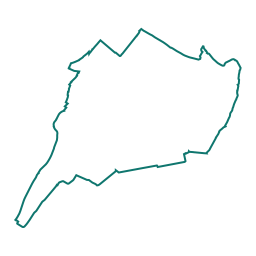 the district of Beek, Limburg, Netherlands
{"feature_id": "6326949B12958717233979", "entity_name": "Beek", "entity_type": "district", "adm_level": 2, "iso_a3": "NLD", "parent_name": "Netherlands", "parent_adm1": "Limburg", "projection": "albers", "projection_center": [5.806, 50.927], "detail": "fine", "context": "isolated", "style": "outline", "palette": "teal", "viewbox_px": 256, "rotation_deg": 0, "n_neighbors": 0, "source": "geoboundaries", "source_scale": "gbopen_adm2", "svg_char_len": 5331}
<svg xmlns="http://www.w3.org/2000/svg" viewBox="0 0 256 256"><path d="M54.4,122.0L54.1,122.5L53.8,123.4L53.7,123.6L53.6,124.8L53.8,125.9L54.0,126.7L53.8,126.8L54.4,128.2L54.8,128.9L55.3,129.6L55.8,130.1L56.2,130.6L56.8,131.2L57.2,132.0L57.3,132.5L57.4,133.4L57.2,135.0L57.2,135.8L57.2,137.7L57.0,139.3L56.9,140.1L56.8,140.5L56.6,141.0L56.2,142.0L55.1,144.9L54.9,145.4L54.1,147.5L54.0,148.3L53.8,148.9L52.4,152.5L51.6,154.6L51.2,155.5L50.4,157.2L49.6,158.7L48.5,160.6L47.6,162.0L47.2,162.7L46.4,163.6L46.1,164.1L40.5,169.5L40.2,169.9L38.7,172.4L38.5,172.6L38.6,173.2L38.3,173.3L38.0,173.6L37.5,174.3L37.2,174.6L36.9,175.1L36.2,176.8L35.9,177.5L33.7,180.9L32.6,182.8L31.8,184.3L25.4,196.9L24.4,199.0L23.8,200.6L23.5,201.4L20.4,210.8L20.0,211.8L19.6,212.9L19.1,214.0L18.3,215.4L17.9,216.2L17.0,217.7L16.8,217.9L16.7,218.2L16.2,218.9L15.4,219.9L15.8,220.2L16.2,219.9L16.6,220.4L16.7,220.5L18.2,221.6L17.4,222.9L17.2,223.2L17.2,223.3L17.2,223.5L17.4,223.8L18.4,224.4L22.4,226.9L23.0,227.0L23.5,227.0L24.0,226.8L24.4,226.6L26.3,224.5L27.3,223.2L28.5,221.5L29.7,219.8L34.1,212.9L34.5,212.5L34.8,212.2L35.9,211.3L36.5,210.6L42.1,202.0L42.7,201.4L44.5,200.0L44.9,199.6L45.3,199.1L55.6,186.8L56.1,186.1L56.6,185.4L56.7,185.1L56.9,184.8L57.5,185.2L57.7,184.8L57.7,184.7L57.8,184.5L58.8,182.9L59.0,182.7L59.3,182.4L59.8,182.2L62.2,181.3L62.8,181.2L63.2,181.2L63.6,181.4L66.9,183.3L67.5,183.6L68.0,183.7L68.3,183.7L68.8,183.5L72.9,180.4L73.3,180.0L73.6,179.6L76.3,175.2L78.5,176.2L84.9,179.0L85.1,179.1L86.9,179.9L88.9,180.0L92.0,182.3L92.4,182.6L94.8,183.7L95.7,184.2L96.3,184.7L97.0,185.4L98.2,185.2L99.0,184.8L99.7,184.3L102.9,181.7L115.2,171.7L115.4,171.5L115.8,171.0L115.8,170.2L118.8,172.5L143.1,168.0L156.9,165.5L157.4,166.2L157.6,166.7L157.7,167.0L184.7,161.9L185.5,161.1L184.0,154.1L185.7,153.2L185.9,153.6L188.8,152.2L188.9,151.3L189.1,151.5L189.8,151.9L190.3,151.9L191.6,152.0L193.1,152.1L193.6,152.2L204.0,153.2L206.6,153.4L206.4,153.0L209.2,150.2L209.4,149.9L209.7,149.4L210.4,148.0L215.5,138.7L216.1,137.5L216.0,137.4L216.4,136.8L217.2,135.7L217.4,135.4L217.6,135.0L218.2,134.2L218.7,133.0L218.9,132.6L219.3,131.7L219.2,131.4L219.9,130.5L220.4,130.1L222.1,128.7L223.7,127.2L224.1,127.1L225.6,126.4L225.1,125.7L227.1,122.2L228.4,119.2L228.5,118.9L228.5,119.0L228.6,118.8L228.8,118.2L229.1,117.7L229.6,116.9L229.8,116.1L230.0,115.5L230.1,114.4L230.2,113.6L230.7,112.6L231.8,111.1L232.3,110.1L232.4,109.4L232.5,108.9L232.6,108.4L232.8,107.9L233.1,107.3L233.3,106.7L233.9,104.6L234.4,103.3L235.0,101.9L235.6,100.5L235.7,100.2L235.9,100.0L236.2,99.6L236.3,99.2L236.4,98.6L236.5,98.4L237.0,97.4L237.6,95.9L237.7,95.5L237.7,95.0L237.5,94.5L237.3,93.8L237.2,93.7L237.3,93.1L237.1,92.3L237.1,92.1L237.2,91.3L237.2,90.7L237.5,90.7L238.1,87.2L238.3,85.9L237.9,85.2L238.0,85.2L237.9,85.0L238.1,84.6L238.3,84.2L238.6,83.8L238.8,83.7L238.9,82.0L239.1,79.8L239.0,79.5L238.6,79.1L238.6,78.8L238.5,78.7L238.6,77.1L238.8,76.3L238.8,75.0L239.3,72.7L239.5,71.6L239.5,70.9L239.6,70.6L239.7,70.3L239.8,70.2L240.0,70.0L240.2,69.7L240.2,69.3L240.4,68.8L240.5,68.3L240.6,67.9L239.8,66.4L239.6,66.0L239.4,65.5L238.0,63.1L237.6,62.3L237.3,61.7L237.1,61.4L236.7,61.0L236.1,60.6L235.0,59.9L234.9,60.0L234.8,59.9L234.1,59.4L233.8,59.3L233.6,59.2L233.3,59.2L232.5,59.3L231.6,59.6L230.1,60.5L225.8,62.6L225.3,63.1L225.0,63.6L224.7,64.0L224.4,65.0L223.9,65.6L223.4,65.7L222.8,65.7L222.4,65.6L221.7,65.3L220.0,64.4L218.0,63.2L217.0,62.4L214.8,60.4L213.4,59.2L212.9,58.6L212.3,57.9L209.3,54.1L208.7,53.6L208.0,53.5L207.7,53.6L207.3,53.3L207.5,53.2L207.1,52.9L206.8,51.9L206.5,51.5L206.2,51.1L205.8,50.7L205.7,50.8L205.6,50.7L205.8,50.5L205.0,49.7L204.2,48.7L204.0,48.4L203.8,47.7L203.5,46.4L203.3,46.3L202.9,46.3L202.4,47.2L202.2,47.6L202.0,48.0L201.4,48.8L201.2,49.4L201.2,49.8L201.2,50.1L201.4,50.7L201.5,50.9L201.7,51.2L202.2,51.7L202.3,51.7L202.5,51.8L202.5,52.0L202.1,52.6L201.6,53.2L200.5,55.3L199.9,56.1L200.3,56.9L200.4,57.1L200.4,57.5L200.5,57.6L200.2,58.9L198.5,59.6L194.7,58.6L189.8,57.4L188.6,57.0L186.5,56.2L184.7,55.5L183.3,54.8L182.8,54.5L180.7,53.2L177.0,51.2L172.6,48.4L171.2,47.7L170.9,47.7L170.7,47.7L170.4,47.6L167.0,44.9L164.5,43.1L163.0,42.1L155.0,37.4L152.0,35.3L150.3,34.5L148.7,33.6L144.2,31.0L143.7,30.8L142.5,29.9L141.3,29.0L139.3,30.9L139.6,31.2L139.0,32.7L138.9,32.9L138.6,33.3L138.4,33.6L137.9,34.3L137.9,34.2L136.8,35.6L122.5,53.6L122.2,53.9L121.7,54.3L121.5,54.5L121.4,54.8L121.0,55.4L120.8,55.6L120.2,56.0L119.7,56.0L115.7,52.6L115.0,52.7L100.4,40.3L99.2,41.7L98.4,42.6L98.3,42.8L97.8,43.3L97.7,43.5L95.0,46.5L92.5,49.5L92.3,49.4L92.2,49.6L92.3,49.7L92.2,49.8L90.2,52.5L89.5,53.1L89.1,53.8L88.8,51.8L88.0,52.7L87.1,53.6L83.3,56.6L83.0,57.2L81.5,58.3L79.8,59.4L79.3,59.7L79.3,60.0L79.2,60.1L77.1,61.0L75.1,61.9L74.2,62.2L73.9,62.4L72.3,62.9L70.9,63.3L70.6,64.3L68.8,68.0L69.3,68.2L69.1,68.6L74.2,70.9L79.2,71.5L78.6,72.9L78.0,72.7L76.7,75.6L77.0,75.8L75.4,77.8L71.1,81.9L71.4,82.1L69.2,84.6L70.2,85.5L69.1,88.4L68.9,88.8L69.0,89.3L68.5,91.8L68.0,91.8L67.6,95.0L68.1,95.3L67.9,96.5L67.8,97.2L66.5,100.8L65.8,102.3L67.7,103.6L64.8,106.4L66.3,107.6L64.1,110.2L64.3,110.8L63.1,111.1L62.5,111.3L62.0,111.6L61.1,112.1L60.0,113.0L59.3,113.8L58.9,114.3L58.6,114.9L57.2,117.6L56.9,118.3L56.5,119.1L56.4,119.1L56.2,119.4L56.2,119.6L56.1,119.8L55.8,120.3L55.6,120.5L55.4,120.8L54.4,122.0Z" fill="none" stroke="#0f766e" stroke-width="2"/></svg>